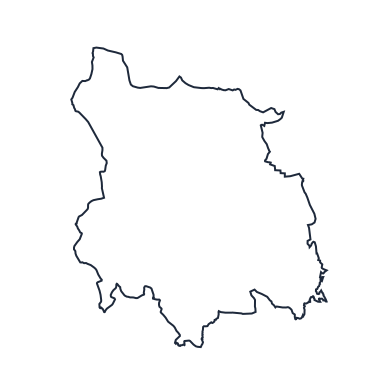 outline of Sacel, Harghita, Romania, rotated 263°
{"feature_id": "2599482B48323275068284", "entity_name": "Sacel", "entity_type": "district", "adm_level": 2, "iso_a3": "ROU", "parent_name": "Romania", "parent_adm1": "Harghita", "projection": "equal_earth", "projection_center": [24.895, 46.344], "detail": "fine", "context": "isolated", "style": "outline", "palette": "slate", "viewbox_px": 384, "rotation_deg": 263, "n_neighbors": 0, "source": "geoboundaries", "source_scale": "gbopen_adm2", "svg_char_len": 5812}
<svg xmlns="http://www.w3.org/2000/svg" viewBox="0 0 384 384"><g transform="rotate(263 192 192)"><path d="M260.4,292.8L259.9,290.3L258.7,288.7L258.7,286.9L261.3,284.7L264.2,283.9L265.7,280.8L262.4,272.3L263.9,269.3L265.3,267.7L265.7,265.7L271.7,259.5L273.5,258.9L278.1,254.4L286.9,252.5L288.2,251.3L288.8,249.9L288.1,247.6L288.6,246.3L287.9,244.8L289.7,241.0L288.9,237.7L289.2,236.0L290.0,234.1L291.0,232.6L290.7,232.2L291.9,231.2L290.8,230.0L292.7,225.5L292.8,223.7L293.4,221.7L293.6,216.7L294.0,214.0L295.8,206.6L298.6,201.6L300.8,198.8L304.0,195.9L306.9,195.0L308.2,193.6L304.0,189.6L298.5,182.1L298.2,179.5L299.4,171.3L301.3,167.0L301.9,164.2L301.6,153.3L302.2,150.9L304.2,146.2L306.1,144.4L310.4,143.5L323.6,142.9L330.7,139.5L334.8,139.6L336.6,139.4L337.6,138.6L339.9,133.4L342.7,125.7L345.2,121.6L347.0,114.7L346.8,111.7L343.4,110.9L342.0,110.2L341.4,110.5L339.0,110.3L337.6,110.8L333.2,108.5L329.8,108.6L326.1,108.2L321.3,106.5L317.3,104.6L316.3,103.7L315.6,101.9L315.7,101.5L315.1,99.6L315.6,96.7L313.5,93.8L310.0,91.5L305.6,87.8L300.1,84.9L298.6,83.5L294.7,84.1L293.6,83.9L292.7,84.9L289.9,85.3L288.2,86.0L286.9,86.1L286.4,86.5L285.5,89.0L284.4,90.0L277.4,95.3L274.1,97.5L246.9,108.5L244.4,108.2L240.9,107.2L239.0,107.1L236.8,108.3L233.5,110.9L231.1,110.9L228.6,109.6L224.5,108.5L223.3,107.9L222.9,106.6L223.2,105.2L223.2,103.5L222.9,103.0L220.4,103.0L218.9,103.3L212.7,103.6L208.2,103.3L206.9,103.0L197.0,104.0L196.4,101.1L196.3,97.6L195.9,93.2L195.2,91.1L194.0,89.1L192.9,87.7L192.0,87.3L189.0,86.9L187.7,86.3L182.6,80.0L181.5,77.0L180.9,76.4L175.8,73.9L174.8,73.7L174.7,72.8L174.0,72.6L171.6,73.9L169.7,74.3L167.8,75.3L165.5,76.1L164.7,77.4L164.0,77.6L158.8,74.8L156.3,72.0L152.7,68.7L151.2,68.1L149.5,67.9L147.5,69.0L145.1,68.9L142.8,69.4L135.8,72.5L135.5,73.4L135.6,74.6L134.5,76.2L134.4,78.2L133.4,79.6L131.8,82.6L128.9,85.7L127.5,86.9L126.0,87.7L121.5,88.9L117.2,90.8L116.0,91.7L115.0,91.5L113.9,87.3L113.4,86.7L112.8,86.5L105.4,88.2L101.0,88.7L95.7,88.7L94.2,88.4L92.1,86.4L88.7,86.2L88.4,86.4L88.8,86.9L88.6,87.5L88.1,88.0L87.7,87.6L87.5,88.3L86.7,89.2L83.5,90.2L83.4,90.6L83.6,90.9L85.0,91.7L86.6,93.3L89.7,98.8L90.6,99.7L94.8,102.5L95.9,102.1L97.4,99.4L98.0,98.8L99.7,98.8L102.2,100.3L104.1,102.0L105.9,104.6L107.3,105.3L109.6,105.7L110.1,106.2L109.8,106.6L107.4,108.1L106.4,109.1L104.5,109.1L102.1,109.7L97.8,112.3L97.0,113.1L96.0,114.7L95.8,115.8L94.9,117.8L94.5,120.9L93.5,123.5L93.4,124.8L93.6,125.5L95.5,129.6L96.0,131.8L96.6,132.1L97.6,131.8L101.2,132.8L102.7,132.8L104.0,133.6L104.2,134.1L104.1,135.0L102.3,138.8L101.1,140.0L94.8,141.3L93.1,141.2L92.3,140.7L91.9,141.1L91.3,140.3L90.9,140.3L90.1,142.2L89.5,144.0L89.2,146.4L88.4,147.0L86.0,145.8L84.0,145.5L82.1,145.7L80.2,147.4L79.6,147.6L76.8,146.3L76.2,146.4L73.6,148.5L70.5,150.5L66.2,152.5L61.5,157.2L59.6,158.4L56.0,159.7L54.0,161.2L51.6,162.5L50.5,162.4L47.2,157.9L44.3,156.7L43.4,157.4L44.3,158.2L44.0,158.6L43.6,158.6L43.6,159.2L43.0,159.3L42.9,159.6L41.5,159.7L40.8,160.7L40.7,161.5L41.3,161.7L41.1,163.2L41.6,164.7L41.4,165.2L40.9,165.7L41.1,166.0L44.7,166.1L45.0,166.5L44.9,171.0L44.4,171.9L40.4,174.9L38.4,177.0L37.7,178.6L37.0,181.8L39.0,183.0L39.9,183.8L41.6,184.6L44.9,183.6L45.3,183.8L45.1,184.4L46.1,184.4L46.4,184.9L48.6,184.8L49.0,185.2L49.5,185.0L50.6,185.1L51.0,185.4L51.9,185.3L53.8,186.0L56.7,186.6L57.3,187.4L57.0,189.4L57.0,191.0L58.8,192.4L60.3,195.2L59.7,195.8L59.5,196.3L59.9,197.2L60.7,198.4L62.3,198.9L62.3,200.2L63.2,200.7L63.8,202.4L67.5,203.6L69.7,203.7L70.5,204.1L69.3,205.9L68.1,210.7L67.3,217.8L65.5,226.2L64.8,227.6L64.1,236.6L65.2,240.5L68.7,240.7L70.6,240.5L77.2,241.4L79.1,240.6L82.1,238.4L86.0,237.7L87.5,242.2L84.9,244.2L82.3,248.8L78.8,253.9L75.0,256.1L73.7,257.5L71.5,257.8L69.5,259.6L67.3,260.7L67.9,261.5L68.0,262.1L66.4,267.7L65.9,271.2L66.0,273.2L65.2,274.6L63.1,276.4L59.5,277.2L57.9,279.1L55.5,278.8L53.4,279.0L53.0,279.4L53.1,279.9L54.1,280.1L54.4,280.4L54.0,281.8L53.1,283.5L53.3,284.8L54.1,285.8L55.7,286.7L54.0,286.9L55.7,287.5L56.5,288.4L57.1,288.7L61.4,289.4L63.4,289.0L64.9,290.1L65.8,289.3L67.6,289.8L67.8,290.3L67.4,291.0L67.4,291.9L68.2,293.9L69.0,294.5L68.4,295.5L68.5,295.9L70.1,296.0L71.1,295.8L72.0,296.6L72.7,296.8L73.2,297.4L73.1,298.4L73.8,299.3L73.7,299.7L72.5,300.2L71.7,300.0L70.9,300.6L69.9,300.4L67.7,303.8L67.4,305.9L70.0,304.9L70.6,305.0L70.8,305.4L70.3,306.5L70.4,307.3L70.3,308.0L69.1,309.0L68.4,309.1L68.4,310.2L66.9,311.7L66.9,312.2L69.0,311.7L72.3,310.4L73.1,309.9L74.4,310.0L75.5,309.3L76.0,309.4L76.5,308.9L78.5,308.2L77.6,307.5L76.8,306.2L75.5,305.9L75.3,304.9L75.8,303.7L77.7,303.4L78.5,302.9L80.2,303.2L80.5,304.5L82.6,305.7L83.1,306.7L85.1,307.5L85.2,307.8L86.1,307.6L87.5,308.8L90.1,308.9L90.2,309.2L90.0,309.5L88.4,309.9L88.0,310.2L91.3,311.7L91.6,311.9L91.7,311.4L91.5,309.7L91.9,308.7L96.7,310.3L95.7,311.1L95.1,312.2L95.5,312.9L96.5,313.8L97.8,316.1L99.5,313.0L100.7,311.6L101.2,311.5L104.3,312.5L106.5,310.6L108.3,310.8L109.1,309.0L110.8,309.8L115.8,308.7L115.8,308.1L122.9,308.4L127.1,307.7L127.8,306.5L127.5,305.9L126.1,304.5L124.4,303.7L122.9,302.0L124.4,302.0L126.3,300.5L126.9,300.4L129.4,300.8L130.5,303.8L142.1,303.8L145.1,303.1L145.3,306.9L146.8,309.9L150.3,311.4L155.5,310.8L164.8,307.4L172.4,305.8L176.5,304.6L177.9,303.7L184.7,302.0L185.6,301.9L187.9,302.4L189.3,303.0L189.1,303.6L189.4,303.8L189.8,303.4L191.6,304.1L191.9,303.1L197.0,300.6L195.7,291.5L195.9,286.0L199.2,286.4L199.9,282.3L202.6,282.4L203.5,277.2L207.7,277.3L209.9,272.9L211.6,273.7L212.0,272.7L212.3,271.1L213.5,268.3L213.8,268.2L214.5,268.4L215.9,270.0L220.4,272.0L222.5,274.2L223.8,273.5L224.8,273.4L225.7,273.0L230.4,272.0L233.6,270.2L237.7,268.5L238.6,268.5L242.1,269.3L249.8,268.4L250.2,269.0L250.1,270.1L248.8,271.8L251.8,272.9L251.2,275.3L251.1,279.9L252.2,286.1L253.6,288.6L254.8,290.2L260.4,292.8Z" fill="none" stroke="#1e293b" stroke-width="2"/></g></svg>